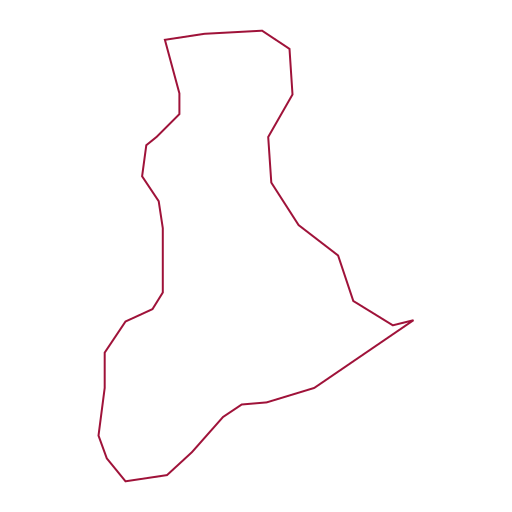 Guri-si, Gyeonggi, South Korea (orthographic projection)
{"feature_id": "91817680B5684950588758", "entity_name": "Guri-si", "entity_type": "district", "adm_level": 2, "iso_a3": "KOR", "parent_name": "South Korea", "parent_adm1": "Gyeonggi", "projection": "orthographic", "projection_center": [127.129, 37.591], "detail": "fine", "context": "isolated", "style": "outline", "palette": "rose", "viewbox_px": 512, "rotation_deg": 0, "n_neighbors": 0, "source": "geoboundaries", "source_scale": "gbopen_adm2", "svg_char_len": 551}
<svg xmlns="http://www.w3.org/2000/svg" viewBox="0 0 512 512"><path d="M164.9,39.8L179.4,93.4L179.4,114.1L156.6,136.9L146.3,145.2L142.1,176.3L158.7,201.2L162.8,228.2L162.8,292.5L152.5,309.1L125.5,321.5L104.7,352.6L104.7,377.5L104.7,387.9L98.5,435.6L106.8,458.4L125.5,481.3L135.5,479.8L167.0,475.1L191.9,452.2L223.0,417.0L241.7,404.5L266.6,402.4L314.3,387.9L413.5,320.2L392.8,325.3L353.3,301.0L338.1,255.5L298.6,225.1L271.3,182.6L268.2,137.0L292.5,94.5L289.5,48.9L262.1,30.7L204.4,33.8L164.9,39.8Z" fill="none" stroke="#9f1239" stroke-width="2"/></svg>